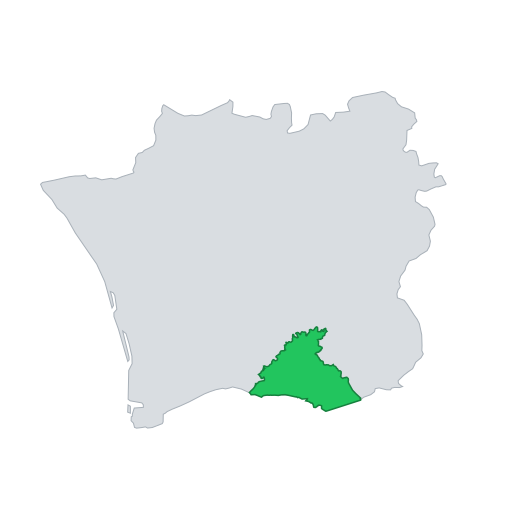 Gontougo, Zanzan, Ivory Coast shown in context, rotated 80°
{"feature_id": "98640826B5040161076408", "entity_name": "Gontougo", "entity_type": "district", "adm_level": 2, "iso_a3": "CIV", "parent_name": "Ivory Coast", "parent_adm1": "Zanzan", "projection": "natural_earth1", "projection_center": [-3.58, 7.921], "detail": "fine", "context": "in_parent", "style": "filled", "palette": "green", "viewbox_px": 512, "rotation_deg": 80, "n_neighbors": 0, "source": "geoboundaries", "source_scale": "gbopen_adm2", "svg_char_len": 9467}
<svg xmlns="http://www.w3.org/2000/svg" viewBox="0 0 512 512"><g transform="rotate(80 256 256)"><path d="M124.8,91.6L126.4,91.5L130.5,90.1L134.3,86.9L137.8,80.3L142.6,74.9L147.9,75.3L149.5,74.4L151.4,74.2L153.6,77.7L155.8,80.3L157.4,80.4L158.6,85.5L168.3,87.6L172.5,89.0L176.0,92.7L177.2,92.8L178.7,92.0L179.8,90.7L180.1,89.3L178.6,86.0L179.3,83.0L180.8,80.3L183.3,80.1L187.1,79.4L191.4,79.4L194.7,79.8L196.0,77.2L194.8,69.6L195.1,65.5L195.6,62.0L196.8,60.6L201.6,65.0L206.1,66.6L209.2,66.7L210.1,65.9L208.8,61.1L209.1,59.6L210.3,58.8L212.4,58.3L218.0,56.3L218.6,56.7L219.6,64.3L219.1,66.7L220.3,71.9L221.7,76.6L221.6,78.6L220.4,81.5L219.0,84.2L219.2,85.3L221.4,87.2L225.7,89.1L230.1,89.5L232.6,86.7L235.2,84.5L237.0,82.5L237.6,79.5L240.4,77.3L248.5,74.6L255.9,74.2L257.7,75.0L261.0,79.2L265.3,82.1L271.7,81.7L276.4,83.4L280.5,86.6L283.2,93.7L286.2,98.8L287.5,106.1L292.1,110.0L295.8,111.7L300.8,117.0L306.0,119.7L311.3,119.1L313.8,121.8L317.8,123.8L321.8,124.0L325.3,117.8L329.9,115.4L341.7,110.5L346.3,108.3L351.0,106.9L362.3,106.5L372.8,108.0L378.0,109.1L381.5,108.3L384.9,111.2L388.4,117.3L391.3,119.2L394.2,121.3L396.4,126.1L398.9,130.9L400.3,133.0L403.5,137.7L406.2,137.8L408.8,135.8L410.0,134.3L410.5,137.4L409.5,142.4L409.7,145.5L411.2,146.7L410.4,150.7L407.3,157.6L407.3,161.6L410.3,162.9L412.5,167.1L413.8,174.5L415.2,176.9L415.3,178.4L417.5,196.2L420.3,214.0L418.5,216.3L416.1,217.0L414.6,217.9L414.1,219.5L415.2,221.9L414.5,224.2L411.5,225.7L405.0,231.4L404.5,233.6L402.8,238.4L401.4,241.4L399.2,246.8L395.9,261.3L394.6,273.2L394.4,276.9L393.1,279.5L391.6,283.2L384.5,293.5L380.9,301.8L381.4,305.5L381.6,309.1L380.5,311.8L380.7,318.8L381.6,324.8L382.8,330.6L388.0,347.0L390.6,357.0L392.3,365.1L393.8,370.5L395.1,372.7L395.7,374.8L403.3,376.3L404.8,377.4L406.9,387.9L406.6,392.7L405.1,394.5L405.1,398.5L404.8,403.5L403.7,405.4L399.4,405.7L396.5,407.6L392.7,406.8L392.3,405.6L390.2,405.2L384.6,402.3L385.5,393.2L382.9,392.8L380.8,394.0L376.8,405.0L374.9,406.8L346.6,401.2L340.5,396.7L333.1,395.6L320.3,396.2L309.8,397.5L306.7,400.3L333.4,398.6L336.3,399.0L337.6,400.6L303.9,404.2L291.0,406.4L287.2,405.8L284.3,402.3L270.3,401.9L267.4,403.0L265.7,405.6L271.2,405.0L279.9,404.9L282.2,406.8L255.0,409.4L236.2,414.3L228.2,418.0L201.8,430.0L185.8,435.6L181.6,437.7L174.3,443.5L164.9,447.2L154.4,454.1L147.9,455.7L146.5,453.5L146.3,441.8L145.5,426.2L145.8,420.2L146.7,414.6L146.7,410.0L149.9,408.2L150.8,406.3L151.2,400.2L154.2,394.7L154.3,385.1L155.2,383.1L155.9,380.5L154.6,374.2L153.0,362.3L152.2,361.6L151.4,362.1L149.8,362.3L143.2,358.2L138.1,357.5L134.5,354.0L134.3,350.0L132.5,347.6L131.3,343.0L129.6,337.7L124.5,334.5L119.8,333.7L116.5,334.4L112.5,334.2L108.0,332.4L104.9,330.4L102.0,326.5L99.3,323.4L97.1,323.8L94.4,323.1L91.8,321.7L91.0,320.6L101.9,308.2L105.7,302.2L106.1,298.5L106.1,294.8L107.3,290.9L107.7,285.1L101.7,264.0L100.1,257.4L98.5,255.5L97.5,254.8L100.5,252.0L104.8,252.8L111.2,254.9L112.6,252.8L117.6,242.1L117.4,238.1L117.0,235.4L119.8,228.1L122.1,225.2L123.3,222.2L122.9,218.0L121.2,216.5L119.0,216.7L116.3,215.7L112.1,213.3L110.1,211.2L110.7,201.5L111.1,198.5L112.6,196.8L114.9,196.3L121.3,196.1L126.4,197.2L131.0,197.8L133.4,197.8L135.4,200.7L138.0,203.6L140.3,203.6L141.1,201.4L140.6,191.8L139.1,186.8L135.6,181.9L126.6,177.8L126.4,172.0L127.3,165.7L129.3,163.4L136.0,159.4L134.8,157.2L132.7,154.9L128.5,152.6L129.5,145.1L129.7,138.4L126.1,139.1L122.4,139.5L119.3,137.4L116.7,133.4L116.3,122.1L116.3,109.2L115.9,103.4L116.9,100.4L120.0,97.5L123.5,93.9L124.8,91.6ZM389.0,407.0L387.5,409.5L380.4,407.9L382.1,405.8L389.0,407.0Z" fill="#d9dde1" stroke="#a8b0b8" stroke-width="1"/><path d="M342.5,199.2L341.1,200.0L340.7,200.1L340.0,199.9L339.6,199.9L339.4,200.0L339.3,200.3L339.7,201.5L339.9,201.9L340.0,202.1L340.7,201.9L341.8,202.2L342.0,202.5L341.7,203.2L341.4,203.5L341.0,203.6L340.3,203.7L340.1,204.1L340.1,204.3L340.5,204.6L340.6,205.0L341.8,205.3L341.8,205.5L341.8,205.9L341.4,206.7L341.4,207.7L341.2,208.2L341.0,208.4L340.7,208.4L339.0,208.0L337.4,207.8L336.7,208.1L336.4,208.5L336.3,208.9L336.3,209.0L336.7,209.4L337.3,210.4L338.7,211.7L339.2,212.6L339.1,212.9L338.9,213.4L338.4,214.0L337.9,214.7L337.8,215.1L337.9,215.8L338.3,216.3L339.1,216.2L340.3,216.7L340.5,216.7L340.6,217.2L341.1,217.7L341.3,217.8L341.7,218.5L342.2,219.0L342.3,219.4L343.2,219.6L343.3,219.8L343.3,220.4L343.0,220.6L342.5,220.5L341.9,220.6L341.7,220.5L341.4,220.3L340.8,220.3L339.9,220.4L339.5,220.8L339.3,221.1L339.4,222.0L339.2,222.6L338.8,223.2L338.7,224.1L338.9,224.4L339.2,224.6L340.0,225.5L340.8,225.6L341.0,225.6L341.1,225.8L341.1,226.1L340.9,226.4L340.0,226.5L339.3,227.5L338.9,227.6L338.8,227.8L338.5,228.5L338.8,230.0L339.1,230.3L339.3,230.3L340.4,229.2L340.7,229.1L341.4,229.2L342.2,229.1L343.2,228.6L343.5,228.7L343.6,228.8L343.6,229.2L343.7,229.7L343.5,230.2L342.5,231.2L342.5,231.3L342.6,231.7L342.5,231.8L342.1,232.2L341.5,232.4L341.0,232.4L340.5,232.6L340.0,232.6L339.8,232.9L339.7,233.1L339.8,233.4L341.3,233.9L342.8,233.9L343.2,234.3L344.0,234.7L344.4,234.7L344.6,234.6L345.0,234.6L345.9,234.8L346.2,235.2L346.4,235.7L346.9,236.2L347.0,236.9L346.7,237.4L346.3,237.8L346.2,238.7L346.4,239.0L347.2,239.6L347.3,239.8L347.0,240.4L346.8,240.4L346.3,241.1L346.3,241.5L346.6,241.6L346.8,241.6L347.4,241.3L347.8,241.3L348.8,241.8L348.9,242.1L348.8,242.5L348.6,242.6L348.6,242.9L348.9,243.5L349.5,243.5L350.0,243.3L350.4,243.3L351.3,243.7L352.3,243.5L352.7,243.9L353.1,243.9L353.4,243.8L353.7,243.4L353.8,243.6L354.2,244.7L354.0,245.2L354.1,245.8L353.9,246.4L353.9,247.5L354.0,248.0L354.4,248.5L355.0,248.9L355.3,249.2L356.0,249.1L356.7,249.6L356.8,249.9L356.7,250.6L357.6,252.0L357.8,252.5L357.9,253.1L358.2,253.4L358.6,253.8L359.1,253.7L359.4,253.5L360.0,252.9L360.4,252.6L360.7,252.6L361.2,252.6L362.1,253.2L362.4,253.7L362.4,254.3L362.6,255.1L362.1,255.8L361.6,256.2L361.2,256.4L361.1,256.9L361.2,257.2L361.6,257.8L362.1,257.9L362.5,258.5L362.8,258.7L363.6,259.0L364.4,259.1L364.8,259.4L365.1,260.0L365.2,260.6L365.4,261.0L365.7,261.5L366.2,261.9L366.8,262.9L366.9,263.8L366.7,265.3L366.6,265.6L366.3,265.8L365.7,266.8L365.9,267.2L365.8,267.6L366.1,267.6L366.6,267.5L366.8,267.7L366.9,267.9L367.1,267.9L367.7,268.2L367.6,267.6L367.7,267.4L367.9,267.5L367.9,267.9L368.2,268.2L368.3,267.8L368.4,267.6L368.5,268.3L368.9,268.2L368.7,267.7L368.8,267.6L369.1,267.8L369.2,268.0L369.1,268.3L369.1,268.5L369.3,268.7L369.7,268.3L370.0,268.6L369.8,269.1L370.0,269.1L370.2,269.4L370.3,269.8L370.4,270.6L370.8,270.9L371.1,271.0L371.3,271.2L371.9,271.4L372.6,273.1L373.0,273.7L373.1,274.1L374.4,273.2L374.9,273.1L375.0,272.7L375.5,272.5L376.0,272.6L376.4,272.0L376.5,272.1L377.2,272.0L377.3,272.1L377.5,271.9L377.5,271.6L377.6,271.4L377.6,271.0L377.5,270.6L377.3,270.2L376.7,269.7L376.6,269.3L376.7,269.2L377.4,269.0L378.2,269.0L378.9,269.0L379.8,269.3L380.2,269.7L380.1,270.3L380.3,274.7L380.6,275.3L380.8,275.7L381.4,276.2L381.6,276.5L381.7,276.9L381.6,278.3L382.0,278.1L382.7,278.2L382.8,278.5L382.6,278.8L383.1,279.3L383.6,279.2L385.2,280.6L386.4,282.0L386.9,282.9L387.3,283.3L387.5,283.8L389.3,286.2L390.8,285.3L391.8,284.9L392.3,280.9L396.0,275.1L394.8,273.0L394.9,268.8L395.1,268.6L395.5,266.8L395.5,265.7L395.8,265.0L396.3,261.6L397.2,258.2L397.1,255.2L397.6,251.2L401.6,241.6L401.6,240.6L402.7,239.6L402.6,238.4L404.9,235.5L405.4,230.1L406.3,230.5L407.1,232.0L407.3,232.2L407.8,230.9L408.3,229.8L408.8,229.0L409.5,228.2L409.7,227.9L409.9,227.8L410.4,227.3L410.3,226.9L410.4,226.5L410.7,226.2L412.1,225.5L414.9,225.4L415.1,225.2L415.5,223.9L415.5,223.5L414.0,220.9L413.8,220.5L414.1,218.8L414.7,217.7L415.0,217.4L416.9,217.8L417.5,217.9L418.1,217.5L420.9,214.4L421.0,213.9L420.9,212.9L416.1,178.0L415.7,177.8L414.5,178.2L413.8,178.0L413.8,177.9L408.9,181.6L405.0,184.2L396.9,187.0L396.6,186.9L395.9,187.0L394.9,186.8L394.1,186.5L393.7,186.6L393.3,186.5L392.6,186.5L391.7,187.4L391.3,187.5L391.2,187.6L391.1,188.6L391.4,189.0L391.2,189.6L391.3,190.8L391.4,191.2L391.7,191.7L391.0,192.5L389.5,193.6L389.2,193.7L388.9,193.3L388.6,193.1L387.9,193.2L387.1,192.7L386.5,192.6L386.1,192.4L384.6,192.3L383.7,193.1L383.5,193.4L383.6,194.3L383.3,194.7L382.9,194.9L381.9,195.1L380.8,195.7L380.5,196.2L380.1,196.3L379.7,196.3L378.9,196.7L378.5,197.0L378.4,197.4L378.2,197.6L377.9,198.2L377.2,198.6L376.7,198.6L376.3,198.7L376.5,199.3L376.9,199.7L377.0,200.1L377.0,200.7L377.2,201.1L376.9,201.9L376.8,202.6L375.8,203.6L375.7,203.9L375.3,205.7L375.4,206.1L375.4,206.4L375.0,207.9L374.0,208.3L373.6,208.3L373.2,208.2L371.7,208.3L371.4,208.5L371.3,208.8L371.2,208.8L371.0,209.0L370.8,209.6L370.6,209.8L370.4,210.5L370.2,210.8L369.9,210.8L369.5,210.7L369.3,210.8L368.8,211.4L368.3,211.4L368.0,211.6L367.7,211.5L367.4,211.6L367.1,211.9L365.5,212.7L365.0,212.7L364.7,212.9L364.5,213.0L364.3,213.1L363.9,213.2L363.5,213.5L363.6,213.9L363.5,214.1L362.9,214.7L362.5,214.7L362.3,214.5L361.6,213.1L361.5,212.9L361.7,212.4L361.4,212.0L361.6,211.1L361.4,210.7L361.1,210.5L361.0,210.0L360.6,209.8L360.6,209.3L360.4,208.8L360.3,208.6L359.7,208.6L359.6,208.2L359.1,207.8L358.6,207.0L357.8,206.8L357.3,206.9L356.9,207.6L356.1,208.4L355.9,209.1L355.8,209.5L355.6,209.5L355.1,210.1L354.9,210.2L354.6,210.0L353.8,209.9L353.5,209.7L351.9,209.5L351.2,209.3L350.9,209.6L349.5,209.7L349.2,209.9L349.0,208.9L349.2,208.3L349.1,207.5L349.3,206.6L348.7,206.3L348.7,206.2L348.7,205.2L348.6,204.9L347.9,204.8L346.8,204.2L346.4,203.7L346.2,202.5L346.0,202.1L344.9,201.8L343.8,201.1L343.2,200.5L343.0,199.9L342.6,199.6L342.5,199.2Z" fill="#22c55e" stroke="#15803d" stroke-width="1.5"/></g></svg>